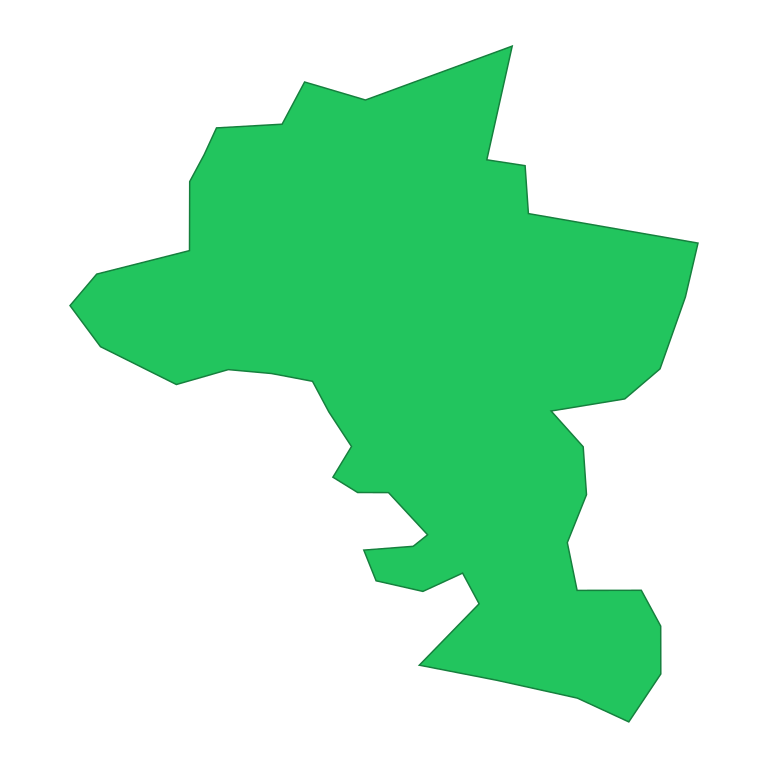 the border of Strencu
{"feature_id": "LVA-5795", "entity_name": "Strencu", "entity_type": "Municipality", "adm_level": 1, "iso_a3": "LVA", "parent_name": "Latvia", "parent_adm1": "", "projection": "albers", "projection_center": [25.772, 57.614], "detail": "fine", "context": "isolated", "style": "filled", "palette": "green", "viewbox_px": 768, "rotation_deg": 0, "n_neighbors": 0, "source": "natural_earth", "source_scale": "10m", "svg_char_len": 704}
<svg xmlns="http://www.w3.org/2000/svg" viewBox="0 0 768 768"><path d="M357.6,492.5L332.9,477.2L351.5,446.5L328.9,412.0L312.5,381.3L271.4,373.5L228.3,369.6L176.4,384.5L149.9,371.3L100.5,346.7L70.0,305.6L96.7,274.1L189.5,250.6L189.7,181.6L204.1,154.8L216.5,127.9L282.1,124.2L304.6,82.0L365.4,100.0L512.2,46.1L486.8,159.8L525.1,165.7L528.4,213.6L698.0,243.1L685.4,297.0L660.0,368.9L624.8,398.9L551.1,411.0L583.2,446.8L586.5,494.7L567.3,542.6L577.1,590.4L641.3,590.3L660.7,626.1L660.8,674.0L628.8,721.9L577.3,698.1L496.9,680.3L419.3,665.2L479.1,603.8L462.6,573.1L422.9,591.4L376.1,580.8L363.8,550.1L413.2,546.3L427.6,534.8L388.5,492.6L357.6,492.5Z" fill="#22c55e" stroke="#15803d" stroke-width="1.5"/></svg>